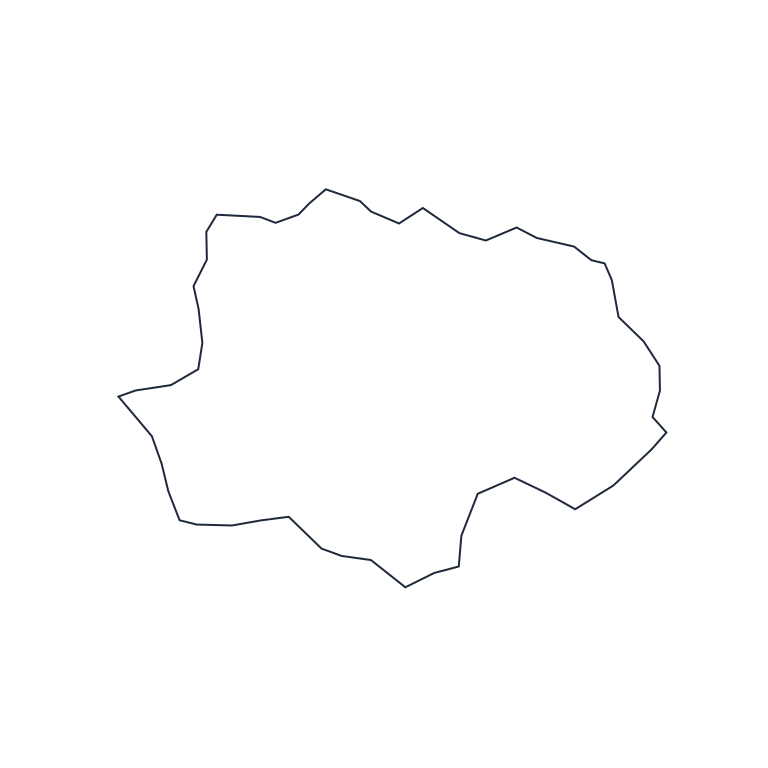 outline of Sjöbo, Skåne, Sweden, rotated 224°
{"feature_id": "70781695B31496650101497", "entity_name": "Sjöbo", "entity_type": "district", "adm_level": 2, "iso_a3": "SWE", "parent_name": "Sweden", "parent_adm1": "Skåne", "projection": "albers", "projection_center": [13.784, 55.677], "detail": "fine", "context": "isolated", "style": "outline", "palette": "slate", "viewbox_px": 768, "rotation_deg": 224, "n_neighbors": 0, "source": "geoboundaries", "source_scale": "gbopen_adm2", "svg_char_len": 850}
<svg xmlns="http://www.w3.org/2000/svg" viewBox="0 0 768 768"><g transform="rotate(224 384 384)"><path d="M566.3,190.5L514.7,185.2L488.6,172.2L464.6,157.0L436.4,144.0L421.2,152.7L395.1,176.6L377.7,200.5L360.3,222.3L314.6,222.2L295.0,230.9L271.1,248.3L228.5,252.5L227.5,252.5L216.6,283.0L204.0,303.8L203.5,304.7L223.0,328.7L240.3,370.2L225.0,407.2L192.3,418.1L159.5,426.7L148.5,470.3L146.1,522.7L147.2,545.3L167.9,546.8L180.9,570.9L198.4,588.4L226.8,595.0L261.8,595.1L292.3,617.0L309.1,624.0L320.8,617.1L342.7,614.9L375.5,595.2L397.3,588.7L410.4,558.0L434.5,544.9L478.3,537.6L484.7,509.9L513.1,499.0L528.3,498.9L561.1,483.6L563.2,461.7L563.2,446.5L574.0,424.6L589.3,418.0L621.9,389.6L617.5,370.0L597.8,350.4L589.0,322.1L569.4,309.1L543.2,287.4L527.9,265.6L536.5,235.2L558.2,206.8L566.3,190.5Z" fill="none" stroke="#1e293b" stroke-width="2"/></g></svg>